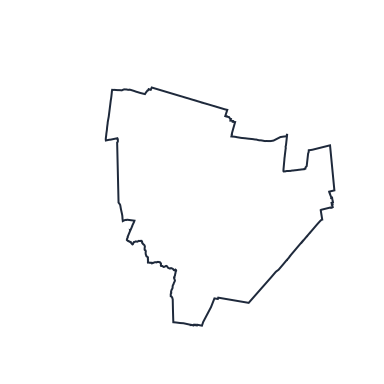 Pijnacker-Nootdorp, Zuid-Holland, Netherlands (Natural Earth projection), rotated 125°
{"feature_id": "6326949B78332299759776", "entity_name": "Pijnacker-Nootdorp", "entity_type": "district", "adm_level": 2, "iso_a3": "NLD", "parent_name": "Netherlands", "parent_adm1": "Zuid-Holland", "projection": "natural_earth1", "projection_center": [4.43, 52.011], "detail": "fine", "context": "isolated", "style": "outline", "palette": "slate", "viewbox_px": 384, "rotation_deg": 125, "n_neighbors": 0, "source": "geoboundaries", "source_scale": "gbopen_adm2", "svg_char_len": 5644}
<svg xmlns="http://www.w3.org/2000/svg" viewBox="0 0 384 384"><g transform="rotate(125 192 192)"><path d="M154.1,316.0L155.6,315.3L157.7,314.1L159.7,313.0L161.8,311.9L163.7,311.0L172.4,306.4L178.1,303.4L181.4,301.9L183.3,301.0L184.1,300.5L187.4,298.8L190.2,297.2L193.0,295.8L194.8,294.8L196.9,293.7L198.3,292.9L199.2,292.1L196.7,289.8L195.8,288.7L190.9,284.1L191.4,283.7L191.2,283.3L191.4,283.1L191.6,282.8L192.2,282.4L192.7,282.0L193.2,281.7L193.6,281.6L194.4,281.7L242.8,246.1L243.5,244.0L243.9,243.3L246.8,240.4L250.2,236.7L251.5,235.4L253.1,234.1L253.4,233.9L255.5,232.0L254.2,231.3L253.8,231.1L252.8,230.2L252.6,229.7L252.1,229.4L251.9,229.2L248.5,222.7L248.8,222.6L249.8,222.3L253.9,221.6L254.2,221.4L255.4,221.2L255.6,221.1L259.2,220.4L259.2,220.5L259.3,220.4L265.6,219.0L265.8,218.7L267.8,218.3L268.4,218.0L268.7,217.8L268.8,216.8L268.8,216.0L268.6,215.9L268.7,215.6L268.5,215.2L268.4,214.9L268.5,214.8L268.5,214.7L268.5,214.1L268.3,213.6L268.2,213.5L268.4,213.3L268.5,213.1L269.1,210.8L269.1,210.7L268.9,210.6L268.6,210.5L268.1,210.7L267.9,210.7L267.0,210.9L266.6,210.9L266.6,210.7L265.6,210.2L264.9,209.9L264.7,209.7L264.2,208.5L264.0,208.2L263.8,208.1L262.9,207.8L262.5,207.5L262.5,207.4L262.3,207.0L261.9,206.4L261.2,205.8L261.1,205.6L261.3,205.5L261.4,205.4L261.4,205.1L261.2,204.8L261.2,204.5L261.7,204.2L262.0,203.9L262.2,203.7L262.3,203.6L262.3,203.3L262.3,203.0L262.5,202.8L262.5,202.5L262.8,202.0L262.8,201.8L262.7,201.4L262.8,200.9L262.9,200.4L263.3,199.9L263.5,199.5L264.1,199.1L265.0,198.7L265.6,198.3L266.1,198.0L266.3,197.7L266.6,197.4L266.6,197.1L266.5,196.6L266.7,196.3L267.3,195.7L268.3,195.2L269.4,194.3L269.8,193.8L270.8,192.4L270.7,191.7L270.8,191.1L270.8,190.6L271.5,190.3L271.8,189.9L272.1,189.7L272.3,189.4L272.8,189.3L273.0,189.2L273.3,188.8L273.5,188.6L274.9,187.8L275.1,187.6L274.9,187.3L274.4,186.7L274.2,185.9L274.1,185.7L273.5,185.2L273.5,184.8L273.3,184.6L273.1,184.4L273.0,184.2L272.9,184.1L272.9,183.9L273.1,183.7L272.7,183.5L272.5,183.2L271.8,182.8L270.9,182.2L270.3,181.4L270.1,181.1L270.1,180.8L269.9,180.6L269.1,180.2L268.9,179.7L268.7,179.6L268.5,179.2L268.3,179.0L268.2,178.5L268.0,178.2L267.9,177.8L268.0,177.6L268.3,177.2L268.3,176.5L268.8,176.1L269.9,175.5L270.0,175.4L270.1,175.1L270.3,174.9L270.2,174.7L269.6,173.8L269.6,173.6L269.7,172.9L269.7,172.3L269.6,172.2L269.2,171.8L268.9,171.6L268.1,171.2L267.5,170.9L267.3,170.7L267.2,170.1L267.2,169.8L267.5,169.1L267.6,168.7L267.8,168.1L267.7,167.6L267.4,166.2L267.1,165.9L266.6,165.7L266.4,165.6L266.1,164.6L266.1,164.2L266.0,163.8L266.0,163.3L266.3,162.4L266.4,162.0L266.3,161.7L266.2,161.5L266.0,161.2L265.8,161.2L265.1,161.1L265.1,160.4L265.3,160.1L265.6,159.8L266.4,159.7L266.9,159.6L267.2,159.4L267.6,159.2L268.0,159.0L268.9,158.7L269.5,158.4L270.1,158.1L271.5,157.8L271.7,157.6L271.9,157.4L272.2,157.4L272.4,157.6L272.8,157.3L272.8,157.2L273.8,155.9L274.1,155.4L274.5,155.1L275.3,154.9L276.8,154.7L278.4,154.2L279.2,154.2L279.6,154.1L280.5,153.7L281.4,153.1L281.8,152.9L282.4,152.7L283.8,152.6L285.1,152.2L285.5,152.0L286.1,151.8L286.2,151.7L286.5,151.1L287.3,150.9L287.8,150.9L288.1,150.7L289.6,149.6L289.4,148.9L289.8,147.7L290.4,147.0L291.0,146.2L299.2,140.2L306.6,134.7L309.4,132.6L308.3,130.7L307.6,129.4L306.1,126.5L305.8,126.0L304.4,123.7L302.1,118.2L301.1,116.1L301.3,116.1L301.0,115.7L300.5,114.3L299.8,114.4L299.5,113.5L299.1,113.6L298.9,113.3L299.2,113.2L298.5,111.4L297.7,111.5L295.8,107.2L292.0,108.3L275.4,110.4L266.3,112.6L264.8,109.5L263.5,109.9L250.3,82.0L232.1,80.0L217.0,78.3L209.7,77.6L208.7,77.4L206.1,76.5L199.9,75.9L193.9,75.4L193.4,75.1L193.1,75.3L190.7,75.0L188.2,74.9L188.2,75.0L169.5,73.3L169.7,73.1L162.3,72.5L162.3,72.4L162.2,72.3L161.9,72.4L157.3,72.0L157.3,71.9L156.8,71.9L147.4,71.0L144.7,70.7L144.8,70.7L142.4,70.4L140.5,70.0L139.9,69.5L133.0,76.2L132.5,76.0L125.4,69.8L125.3,69.7L125.4,69.3L125.3,69.2L125.2,69.0L124.8,69.0L124.6,68.7L124.5,68.4L123.7,68.0L123.0,68.9L122.4,69.4L121.8,69.6L122.2,70.1L121.6,70.5L121.4,70.7L121.5,70.8L120.8,71.5L119.6,70.6L118.6,71.6L118.0,72.3L117.6,72.8L116.3,74.0L117.0,74.6L116.4,75.0L114.7,77.6L113.8,78.9L113.7,78.8L113.0,79.8L111.4,78.4L110.6,77.7L109.0,76.3L74.6,105.7L74.7,105.8L88.2,117.5L89.7,119.0L90.1,119.5L90.8,120.3L92.5,119.3L93.8,119.0L105.0,112.9L106.7,113.1L107.9,112.5L108.6,113.2L108.9,113.1L109.0,113.2L110.7,115.2L112.1,116.7L112.4,117.1L114.0,118.8L115.3,120.3L116.5,121.6L117.0,122.3L118.3,123.5L120.4,126.3L120.8,126.8L121.6,127.4L122.3,128.3L122.6,128.6L122.6,128.8L122.5,129.0L122.0,129.4L120.7,130.2L113.0,134.6L112.0,135.2L110.6,136.0L110.1,136.2L108.9,136.9L102.7,140.2L102.3,140.3L101.4,141.2L101.0,141.4L99.9,141.8L97.3,143.2L96.6,143.6L95.3,144.3L90.6,146.9L90.7,147.1L92.0,146.4L94.0,148.7L96.3,151.1L103.1,154.7L105.2,156.8L107.7,160.5L108.4,161.4L108.9,162.4L109.0,162.7L110.0,164.9L110.9,166.3L111.4,167.3L111.7,168.1L112.1,169.3L112.9,170.6L113.5,171.9L113.9,172.7L116.2,176.8L117.4,179.1L119.4,182.6L121.4,186.8L121.6,187.4L122.6,189.4L123.4,190.7L123.9,191.6L122.0,192.3L122.0,192.5L120.3,193.2L117.2,194.3L110.0,196.8L111.1,198.8L110.3,199.1L111.5,201.5L109.9,202.0L110.2,202.7L109.4,204.6L110.4,207.0L110.1,207.1L110.7,208.3L104.5,210.2L105.4,212.4L111.9,231.9L113.0,234.9L112.9,234.9L129.5,284.9L132.0,284.4L132.5,285.5L132.3,285.5L132.6,286.5L134.0,286.3L134.4,286.7L134.6,286.7L135.3,286.7L136.9,286.8L138.8,286.7L140.5,291.1L141.4,293.9L141.8,295.0L142.5,297.6L143.4,300.4L143.9,301.8L144.4,302.1L145.2,303.5L145.7,304.7L145.9,305.0L146.5,305.8L146.7,306.3L146.9,306.5L148.4,307.5L148.8,307.7L149.0,307.8L149.7,309.1L151.3,311.5L152.7,313.9L153.7,315.3L154.1,316.0Z" fill="none" stroke="#1e293b" stroke-width="2"/></g></svg>